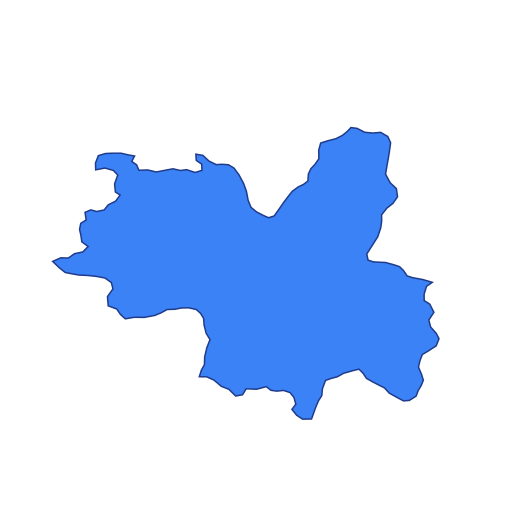 Ubaporanga, Minas Gerais, Brazil, rotated 193°
{"feature_id": "56859067B21138339799790", "entity_name": "Ubaporanga", "entity_type": "district", "adm_level": 2, "iso_a3": "BRA", "parent_name": "Brazil", "parent_adm1": "Minas Gerais", "projection": "albers", "projection_center": [-42.065, -19.667], "detail": "fine", "context": "isolated", "style": "filled", "palette": "blue", "viewbox_px": 512, "rotation_deg": 193, "n_neighbors": 0, "source": "geoboundaries", "source_scale": "gbopen_adm2", "svg_char_len": 2557}
<svg xmlns="http://www.w3.org/2000/svg" viewBox="0 0 512 512"><g transform="rotate(193 256 256)"><path d="M192.4,402.5L195.2,397.7L199.0,392.9L204.5,388.3L212.2,384.3L218.4,380.6L218.7,373.1L216.6,364.9L219.3,358.3L222.2,353.3L223.4,347.7L222.3,340.7L225.8,336.5L230.5,332.7L235.3,327.1L238.1,321.1L240.9,314.9L244.0,307.1L247.3,299.1L252.4,296.1L258.6,297.3L265.4,299.1L271.8,302.3L276.2,308.5L279.9,316.9L284.4,323.9L290.9,331.3L297.2,336.7L303.4,338.7L309.8,337.7L315.3,336.1L323.1,337.9L330.4,342.1L337.5,341.7L335.7,335.7L329.6,333.3L327.9,327.3L334.1,323.7L343.1,324.5L349.0,322.3L356.5,322.3L364.3,318.9L372.1,315.4L380.8,315.5L389.4,313.2L392.9,318.0L398.3,320.2L396.8,326.1L403.0,325.8L410.7,325.8L418.9,323.9L425.7,322.0L432.2,318.3L433.3,310.5L431.6,303.9L423.0,307.7L414.3,307.3L408.9,303.8L410.0,294.4L407.4,286.7L402.1,284.8L405.1,277.9L411.5,272.6L414.3,266.7L421.3,263.5L427.2,263.8L432.4,260.1L429.6,252.9L434.1,248.4L433.9,242.2L431.3,236.8L428.9,230.6L421.7,227.5L425.7,221.0L433.4,217.4L438.4,211.8L445.8,210.3L452.9,205.0L444.9,200.2L438.1,197.0L432.2,197.2L424.3,197.6L415.5,199.2L407.2,200.2L398.3,200.6L391.0,197.6L388.0,191.8L391.6,183.0L388.8,174.2L379.7,173.0L375.0,168.6L369.2,165.4L361.1,168.8L350.9,171.1L341.1,175.4L335.8,179.2L330.5,183.9L323.2,185.8L316.9,188.6L309.8,190.4L302.1,190.4L297.1,187.6L293.1,183.6L290.9,176.7L287.1,169.4L282.0,164.2L283.3,155.4L283.3,146.0L281.8,138.5L283.5,132.8L284.1,125.6L276.9,127.2L269.0,125.6L260.5,121.2L252.4,120.0L244.3,115.0L237.9,117.8L235.7,124.4L225.5,126.3L216.6,131.0L211.2,128.5L205.4,129.0L198.9,131.2L192.1,130.6L187.1,126.6L183.9,120.6L186.5,114.6L180.6,110.0L173.9,107.5L165.2,109.7L163.9,121.2L162.6,128.8L160.5,134.8L161.4,141.7L160.3,150.4L154.9,153.8L149.6,156.6L144.3,161.4L135.8,166.1L130.2,168.9L125.5,166.0L120.8,161.6L114.8,159.8L107.8,158.0L101.2,156.4L95.4,152.4L87.1,150.0L79.7,148.0L74.1,149.8L68.5,155.4L67.7,161.4L65.9,167.0L65.0,172.6L68.0,177.8L72.7,184.3L72.7,190.8L71.8,197.4L66.0,203.0L60.2,209.0L59.1,216.6L63.0,221.2L69.8,226.0L73.2,232.5L70.0,241.2L75.9,248.2L82.1,250.4L83.6,256.6L83.0,264.8L78.3,270.0L88.3,270.6L98.4,270.1L104.3,270.6L109.0,275.0L113.7,277.9L119.9,278.5L128.4,278.8L133.8,277.8L140.2,276.7L145.9,277.2L148.5,282.9L145.3,291.9L141.7,302.1L140.8,311.3L141.4,318.3L142.9,324.3L139.3,332.0L134.4,338.1L131.4,345.5L134.4,353.3L141.7,357.5L148.2,364.9L148.8,375.5L149.1,381.5L149.5,387.5L150.3,396.6L154.5,402.1L162.4,404.5L169.8,402.1L177.9,401.0L186.2,403.1L192.4,402.5Z" fill="#3b82f6" stroke="#1e3a8a" stroke-width="1.5"/></g></svg>